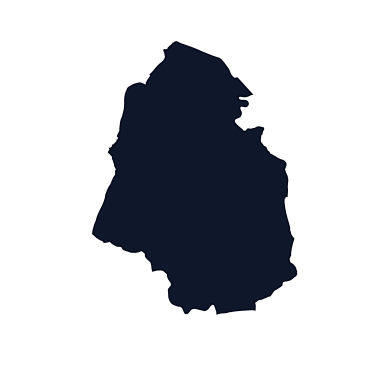 the district of Maha Chana Chai, Yasothon, Thailand, rotated 55°
{"feature_id": "78962969B6297471410312", "entity_name": "Maha Chana Chai", "entity_type": "district", "adm_level": 2, "iso_a3": "THA", "parent_name": "Thailand", "parent_adm1": "Yasothon", "projection": "mercator", "projection_center": [104.234, 15.506], "detail": "fine", "context": "isolated", "style": "filled", "palette": "ink", "viewbox_px": 384, "rotation_deg": 55, "n_neighbors": 0, "source": "geoboundaries", "source_scale": "gbopen_adm2", "svg_char_len": 5964}
<svg xmlns="http://www.w3.org/2000/svg" viewBox="0 0 384 384"><g transform="rotate(55 192 192)"><path d="M146.3,86.8L124.7,89.6L124.3,90.2L123.6,92.1L123.4,92.3L120.8,93.0L119.3,93.1L117.1,92.9L114.2,92.3L113.1,92.0L111.9,91.9L105.5,92.0L101.7,92.2L99.7,92.6L98.6,93.0L97.5,93.7L93.1,97.1L90.4,98.8L86.4,101.5L75.0,108.6L63.6,116.7L63.1,116.9L60.1,118.6L59.7,119.7L59.6,120.2L59.7,121.4L59.4,122.2L59.6,122.6L59.6,123.2L60.2,123.6L59.9,124.4L60.2,125.1L60.0,126.1L60.3,127.4L60.4,128.6L60.6,128.8L61.2,128.8L61.4,128.8L61.6,129.6L61.6,129.8L61.1,130.2L60.9,131.7L61.0,132.2L60.9,132.4L60.7,132.5L60.3,132.5L60.0,132.7L59.6,133.1L59.6,133.3L59.8,133.6L60.2,133.8L63.0,134.5L65.5,135.7L65.8,135.5L66.6,136.4L67.6,138.1L68.3,139.7L68.6,140.5L69.0,145.4L69.8,149.7L71.2,154.7L72.0,158.8L73.1,158.4L74.3,161.4L75.2,164.1L75.7,165.1L76.7,166.7L78.1,168.0L79.0,168.9L77.1,169.5L75.6,170.2L73.0,172.1L72.6,172.8L71.9,174.4L70.7,177.8L70.5,179.3L70.1,183.8L70.3,184.8L70.7,185.7L71.6,186.9L72.8,189.0L74.0,190.4L75.3,191.8L77.1,193.4L82.0,196.9L85.5,199.8L89.8,204.7L91.2,206.5L92.3,208.4L93.9,210.2L98.7,214.5L100.9,216.0L101.5,217.4L102.1,218.4L103.0,220.2L103.6,220.2L103.8,220.9L105.5,220.6L105.7,220.8L106.1,220.7L106.2,221.0L106.5,221.1L106.4,221.6L106.6,222.4L107.0,222.9L106.7,223.5L107.2,224.0L107.6,224.0L107.9,224.8L107.8,225.4L107.9,225.9L108.0,226.0L108.4,226.2L108.5,226.2L108.3,227.3L108.4,228.3L108.9,228.6L108.9,229.2L109.1,229.6L108.9,229.8L108.7,229.8L108.6,229.6L108.4,229.7L108.2,230.2L108.4,230.3L109.2,230.4L109.4,230.6L109.4,232.0L109.5,232.5L109.6,233.7L109.2,234.4L109.6,234.5L110.1,234.4L110.3,234.6L110.5,235.1L110.8,235.1L111.0,235.2L111.0,235.4L110.9,235.7L110.9,235.9L111.6,237.5L113.5,237.1L117.1,236.6L117.5,236.6L119.0,237.7L119.4,237.9L120.4,238.0L122.1,238.4L122.9,238.8L124.6,239.2L126.0,240.0L127.0,240.3L130.5,240.6L130.8,241.9L131.3,242.5L134.1,244.3L134.4,244.8L135.5,247.9L139.4,254.0L140.4,256.6L141.7,259.2L144.9,264.0L146.1,265.2L147.1,266.0L149.4,268.9L151.8,272.6L154.9,278.3L157.8,283.1L159.4,285.2L160.1,285.9L160.8,286.9L161.0,287.1L162.6,289.6L164.7,292.4L166.9,295.0L169.3,297.2L174.6,295.9L178.5,294.3L180.1,293.2L180.8,292.9L181.2,292.7L182.1,292.9L182.6,292.8L183.0,292.4L184.6,288.9L185.2,286.9L185.4,286.8L186.6,287.1L186.9,287.1L188.8,286.5L190.8,285.6L193.1,284.4L193.4,284.1L194.4,282.9L195.1,281.8L195.8,281.4L196.4,280.9L197.2,280.9L198.9,281.1L199.2,281.0L199.9,280.8L201.0,280.1L206.2,276.3L209.0,272.5L209.4,271.6L210.2,269.4L210.9,266.9L211.1,266.4L211.7,266.2L215.2,265.4L215.6,265.4L216.4,265.6L217.3,266.4L218.2,266.8L219.6,266.9L221.1,266.7L225.2,265.8L226.4,265.8L229.4,267.0L232.0,268.5L234.1,269.4L235.6,265.4L237.7,262.2L239.1,260.7L239.5,260.4L243.9,259.2L245.2,259.0L246.8,260.0L248.2,260.5L249.9,260.9L253.8,260.9L254.9,261.1L255.8,261.5L257.0,262.5L257.4,263.8L258.0,265.9L258.3,266.8L258.7,267.2L259.3,267.7L261.5,268.9L264.7,271.0L267.0,271.8L268.3,272.1L269.7,272.2L271.1,272.2L272.2,271.9L272.9,271.7L275.3,270.2L277.0,268.9L278.7,267.1L279.9,266.4L280.9,266.1L281.8,266.0L286.9,267.1L287.6,266.9L288.1,266.4L288.5,265.8L288.6,265.1L288.4,264.1L287.4,260.5L287.4,258.9L287.8,257.8L288.7,256.2L292.5,252.8L296.0,249.8L296.5,248.8L296.7,247.2L296.7,246.1L295.6,243.0L295.3,241.5L295.4,239.8L295.6,239.3L296.1,238.8L297.0,238.4L297.8,238.4L299.3,238.7L304.3,240.1L306.7,241.7L306.0,241.1L307.6,237.4L310.2,233.1L311.2,230.3L313.8,225.0L316.8,219.7L322.3,210.7L322.9,209.8L324.6,208.0L323.6,207.4L321.5,205.7L319.5,204.8L318.7,204.6L317.8,204.6L318.3,203.0L318.1,200.9L318.2,199.2L318.4,198.6L319.2,197.2L319.4,196.8L319.7,195.6L320.8,189.7L320.9,189.3L321.4,188.3L321.6,187.6L321.3,186.4L320.2,183.5L319.5,181.6L319.5,181.2L319.8,177.8L319.9,174.2L319.8,172.0L317.6,170.0L317.5,169.9L317.5,169.0L317.9,167.2L318.2,166.5L319.1,165.1L319.4,163.9L320.0,162.6L320.1,162.2L320.2,160.3L320.1,158.9L319.9,157.0L320.0,155.6L319.4,153.8L318.9,153.3L318.4,153.0L317.7,152.8L317.0,152.0L315.4,151.7L314.2,151.2L313.1,150.9L310.1,151.0L308.7,151.4L305.7,152.6L304.9,152.4L303.9,151.7L302.7,151.2L302.2,150.8L301.5,149.9L300.5,148.0L300.1,147.5L299.0,146.9L294.8,143.0L291.8,139.7L288.6,135.6L285.5,135.8L284.3,135.7L283.0,135.4L280.6,134.5L279.5,134.3L277.2,132.8L273.3,131.2L270.4,130.3L267.1,129.1L262.8,127.5L258.5,125.6L252.7,122.5L251.0,121.2L249.9,120.1L249.7,119.5L249.9,119.2L248.8,118.3L249.3,117.4L249.9,116.7L246.2,113.7L244.5,112.5L242.3,111.3L237.2,107.0L236.2,106.4L234.6,105.8L233.6,105.2L229.2,104.4L228.8,104.4L228.2,103.9L226.2,103.5L225.4,101.9L224.3,100.9L224.1,100.6L224.2,100.2L223.9,99.8L222.5,99.0L222.1,98.9L221.1,98.7L220.6,98.8L218.8,99.3L215.9,101.4L214.5,102.2L212.4,103.2L207.0,105.6L206.7,105.8L206.5,106.5L206.2,106.6L205.1,106.3L204.0,106.3L203.4,106.2L202.9,106.3L202.2,106.7L201.5,106.8L199.6,106.5L199.2,106.5L198.4,106.2L197.9,106.1L197.4,106.2L196.9,106.5L195.9,107.3L193.2,107.3L190.2,107.4L189.6,107.2L187.8,105.9L186.3,104.5L185.9,104.2L184.7,103.1L184.6,102.7L184.5,101.5L184.2,101.1L183.8,100.9L182.9,100.0L182.7,99.6L182.3,99.1L181.6,97.5L180.9,97.1L180.3,97.0L177.9,99.2L176.8,100.5L176.6,101.0L176.3,102.3L176.1,104.2L175.5,105.4L174.5,107.9L174.3,108.3L172.9,109.6L172.6,110.1L172.7,111.1L173.1,112.1L173.1,112.7L172.9,113.6L171.8,115.5L171.2,115.4L170.5,115.3L169.3,115.5L164.5,116.8L160.8,117.4L159.1,117.3L158.5,117.2L158.2,117.0L157.2,116.1L157.1,115.8L156.7,114.9L156.7,114.2L157.4,111.1L157.6,109.5L157.5,109.0L156.8,107.8L156.3,107.1L155.1,106.3L154.0,105.9L151.3,105.4L150.7,105.1L150.0,104.4L149.6,103.7L149.5,103.3L149.6,102.6L149.8,102.0L150.1,101.7L152.0,100.0L152.6,99.2L152.9,98.6L153.0,98.2L153.0,97.2L152.8,96.6L152.3,95.8L151.4,95.1L150.8,95.0L149.5,94.9L148.5,95.3L147.3,96.5L145.3,99.3L144.7,99.8L143.0,100.7L142.4,100.7L141.5,100.3L141.0,99.9L140.8,99.5L140.6,98.8L140.7,98.0L140.9,97.7L141.1,97.3L143.4,94.9L143.8,94.4L144.5,93.2L144.9,92.4L145.4,90.8L145.8,88.0L146.3,86.8Z" fill="#0f172a" stroke="#020617" stroke-width="1.5"/></g></svg>